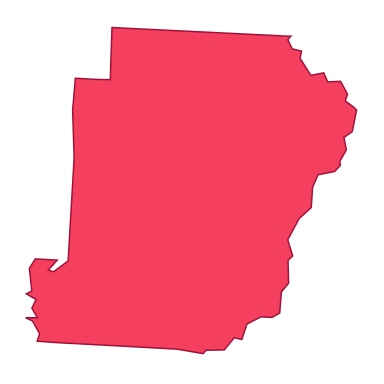 the district of Alachua, Florida, United States of America, rotated 93°
{"feature_id": "52423323B74647916820461", "entity_name": "Alachua", "entity_type": "district", "adm_level": 2, "iso_a3": "USA", "parent_name": "United States of America", "parent_adm1": "Florida", "projection": "orthographic", "projection_center": [-82.336, 29.682], "detail": "fine", "context": "isolated", "style": "filled", "palette": "rose", "viewbox_px": 384, "rotation_deg": 93, "n_neighbors": 0, "source": "geoboundaries", "source_scale": "gbopen_adm2", "svg_char_len": 880}
<svg xmlns="http://www.w3.org/2000/svg" viewBox="0 0 384 384"><g transform="rotate(93 192 192)"><path d="M31.2,101.5L31.4,106.6L31.9,262.8L31.9,280.5L84.1,279.5L84.6,295.0L84.5,314.4L116.5,315.5L163.9,311.5L267.3,312.1L278.9,326.1L277.5,331.4L267.1,323.0L267.0,344.9L276.7,350.4L299.1,346.8L302.4,352.1L307.5,342.1L316.5,345.8L325.6,339.8L326.3,351.6L329.1,344.6L341.4,336.8L349.1,338.8L349.5,319.7L349.7,199.1L352.8,172.5L349.3,169.6L348.0,151.5L335.3,142.1L336.7,134.5L321.0,130.2L313.1,116.7L313.1,105.6L308.3,98.1L287.1,97.5L278.1,90.8L255.3,92.5L250.6,88.1L234.7,93.9L212.9,83.6L201.3,72.1L180.7,71.8L168.2,67.0L164.1,50.7L157.7,45.2L153.7,46.0L141.8,40.1L129.6,43.1L123.2,35.1L101.6,31.9L99.3,34.3L93.0,43.7L86.1,41.8L73.7,49.5L74.9,62.3L66.1,66.7L69.3,79.4L52.8,91.1L45.6,90.0L43.8,99.4L34.9,104.3L31.2,101.5Z" fill="#f43f5e" stroke="#9f1239" stroke-width="1.5"/></g></svg>